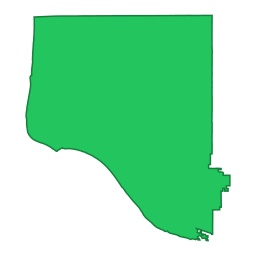 the district of San Ignacio Río Muerto, Sonora, Mexico
{"feature_id": "50627088B1433623777217", "entity_name": "San Ignacio Río Muerto", "entity_type": "district", "adm_level": 2, "iso_a3": "MEX", "parent_name": "Mexico", "parent_adm1": "Sonora", "projection": "equal_earth", "projection_center": [-110.31, 27.326], "detail": "fine", "context": "isolated", "style": "filled", "palette": "green", "viewbox_px": 256, "rotation_deg": 0, "n_neighbors": 0, "source": "geoboundaries", "source_scale": "gbopen_adm2", "svg_char_len": 5654}
<svg xmlns="http://www.w3.org/2000/svg" viewBox="0 0 256 256"><path d="M210.8,15.4L210.4,15.4L209.4,15.4L209.0,15.4L208.8,15.4L208.7,15.4L208.1,15.4L202.2,15.4L200.9,15.5L191.5,15.5L191.4,15.5L191.1,15.4L190.8,15.5L190.1,15.5L189.9,15.4L188.8,15.4L185.2,15.5L176.4,15.5L167.5,15.6L158.6,15.6L149.7,15.7L140.8,15.7L134.1,15.7L131.6,15.7L126.0,15.7L122.4,15.8L120.7,15.7L109.7,15.8L103.7,15.8L90.4,15.9L89.5,15.9L82.2,15.9L76.6,16.0L71.4,16.0L70.0,16.0L67.6,16.0L65.6,16.0L63.4,16.0L57.1,16.1L55.6,16.1L34.1,17.0L34.2,18.0L34.2,19.2L34.3,20.5L34.3,22.4L34.2,23.7L34.3,26.3L34.2,30.1L34.1,32.6L34.1,33.9L33.9,36.5L33.8,37.6L33.8,38.9L33.6,41.3L33.5,42.1L33.3,44.5L33.1,48.2L32.9,50.3L32.5,59.0L32.5,60.5L32.6,61.0L32.7,61.6L31.8,69.1L31.6,75.4L31.0,75.6L30.2,76.7L30.2,77.0L30.1,77.3L30.1,78.1L30.3,79.8L30.5,81.9L30.6,84.1L30.6,85.6L30.4,87.6L29.8,91.3L29.5,92.9L28.4,99.2L27.8,102.5L27.2,106.2L27.0,107.5L26.8,109.8L26.4,112.0L26.3,113.2L26.2,113.9L26.2,115.2L26.1,115.7L26.1,116.9L26.4,117.8L26.7,120.2L26.7,121.6L26.6,123.0L26.8,125.2L26.8,126.1L27.0,127.4L27.3,129.4L27.4,130.1L27.6,130.7L27.6,131.4L27.8,132.3L28.1,133.2L28.5,134.0L29.0,134.8L30.1,136.3L31.1,137.4L32.3,138.6L34.3,140.0L36.0,140.8L37.3,141.4L38.4,141.8L39.1,142.1L39.6,142.3L40.6,142.7L42.1,143.1L43.3,143.5L44.2,143.9L45.5,144.4L46.6,145.0L48.9,146.1L49.8,146.7L50.8,147.3L51.1,147.5L51.5,147.9L52.0,148.2L52.2,148.4L52.5,148.6L52.8,148.8L53.0,149.0L53.5,149.2L53.7,149.3L54.0,149.5L54.4,149.7L54.9,150.2L55.5,150.7L56.8,151.3L57.2,151.1L57.2,150.7L62.3,147.8L62.5,148.2L63.3,148.4L64.2,148.6L65.3,148.8L66.3,148.7L67.9,148.6L69.7,148.6L71.6,148.8L74.3,149.2L75.0,149.3L76.6,149.7L79.0,150.3L81.1,150.9L82.4,151.5L84.4,152.0L86.8,153.2L88.9,154.1L90.5,154.8L92.2,155.6L93.7,156.6L95.1,157.5L96.3,158.2L98.4,159.6L99.9,160.7L101.7,162.1L102.8,163.2L103.3,163.6L103.8,163.9L104.6,164.8L106.1,166.1L107.8,168.1L109.9,170.4L111.4,172.2L112.7,173.9L114.1,175.7L115.2,177.2L116.5,179.0L117.9,181.1L119.7,183.7L120.1,184.3L120.9,185.5L121.9,187.0L122.4,187.5L122.6,187.7L123.0,187.9L123.4,188.5L124.1,189.5L124.5,190.0L124.9,190.8L125.3,191.2L125.9,192.1L126.4,192.8L127.2,193.9L128.0,194.6L128.7,195.5L130.0,197.1L130.9,198.4L131.5,199.1L132.0,199.6L132.4,200.1L132.9,200.6L133.1,201.0L133.4,201.4L133.8,201.7L134.3,202.3L134.8,202.9L135.2,203.3L135.9,204.0L136.6,204.8L137.1,205.4L137.5,205.9L138.3,206.7L139.4,208.1L140.8,210.3L142.5,212.9L143.2,214.2L143.6,215.0L144.7,216.3L145.3,217.2L146.2,218.1L148.1,219.8L150.3,221.5L151.7,222.8L152.8,223.9L154.6,225.7L156.4,227.1L157.3,227.6L158.2,228.1L159.1,228.4L160.0,228.9L161.4,229.5L162.8,230.0L164.0,230.7L164.5,231.2L165.1,231.4L165.6,231.5L166.1,231.4L166.3,231.3L166.7,231.2L167.1,231.1L167.7,231.3L167.8,231.6L167.9,231.8L168.0,231.9L168.1,232.1L168.4,232.3L168.9,232.5L169.3,232.8L170.1,233.1L171.1,233.4L172.0,233.6L173.5,234.0L174.2,234.2L175.2,234.4L176.0,234.6L177.0,235.0L177.9,235.3L178.9,235.6L179.2,236.3L180.9,236.6L181.9,236.9L182.9,237.0L183.6,237.2L184.3,237.4L184.7,237.4L185.6,237.7L186.1,237.8L186.6,237.8L187.4,238.1L187.7,238.1L188.3,238.4L188.9,238.6L189.2,238.8L190.0,239.2L190.4,239.4L190.8,239.4L191.0,239.4L191.2,239.1L191.7,238.9L192.2,238.7L192.7,238.9L193.0,238.9L193.4,239.0L193.8,239.1L194.3,239.3L194.9,239.4L195.3,239.6L195.8,239.4L196.6,238.9L197.0,239.1L197.2,239.3L197.5,239.4L197.6,239.7L197.9,239.8L198.0,239.5L198.2,239.8L198.4,239.8L198.5,239.8L198.5,239.6L198.9,239.6L199.0,239.7L199.2,239.8L199.3,240.0L199.5,240.0L199.6,239.9L199.8,239.9L199.6,239.5L199.1,238.6L199.0,238.3L198.9,238.2L198.6,238.2L198.3,238.1L198.0,238.0L197.8,238.2L197.4,237.0L199.5,235.3L200.3,235.8L201.3,236.8L202.2,238.0L202.2,238.4L204.9,238.3L205.4,238.5L205.7,238.6L205.9,239.0L205.9,239.4L205.9,239.8L206.1,240.3L206.3,240.3L206.7,240.6L207.6,240.6L207.8,240.6L208.0,240.6L207.9,240.4L208.0,240.2L207.9,239.7L207.1,239.2L207.1,237.5L207.9,237.5L207.9,235.8L207.6,235.8L205.8,235.8L205.7,235.4L205.5,234.6L205.1,234.5L203.0,234.0L202.8,235.3L201.6,234.5L201.3,233.3L201.6,230.9L201.4,230.8L200.5,230.4L200.5,230.7L199.8,233.3L199.7,233.4L197.3,232.4L197.7,230.8L197.7,230.5L197.7,230.2L197.4,229.7L197.1,229.4L197.0,229.1L196.7,229.0L196.6,228.9L196.4,228.5L201.7,230.1L207.2,232.1L211.7,233.6L211.7,234.3L212.6,234.3L212.6,231.9L212.6,227.8L212.7,217.4L212.7,209.8L215.3,209.9L219.7,209.8L219.7,207.1L221.3,207.1L221.1,196.6L221.1,195.5L221.1,193.2L221.1,191.1L222.8,191.1L222.8,190.6L222.8,188.5L224.6,188.5L224.6,190.6L224.6,191.1L226.4,191.1L227.9,191.1L228.1,191.1L228.1,189.1L228.1,188.5L227.9,188.5L226.4,188.5L226.4,185.8L229.9,185.8L229.9,175.3L228.2,175.3L226.4,175.3L223.3,175.3L223.2,174.9L223.2,174.6L223.2,174.1L223.4,173.1L223.0,172.4L222.0,172.1L219.3,171.9L218.6,171.5L218.2,170.9L218.2,170.1L218.2,169.7L221.1,169.6L221.1,168.5L216.5,168.3L216.6,168.6L214.7,168.5L214.4,168.5L212.1,168.5L212.0,168.4L211.0,168.4L208.6,168.4L208.6,167.1L208.6,164.6L210.4,164.5L210.4,164.2L210.4,154.2L210.4,153.9L212.0,153.9L212.1,145.9L212.1,143.3L212.0,143.0L212.0,141.0L212.0,138.9L212.0,137.8L212.0,137.7L212.0,136.1L212.0,135.3L212.1,132.7L212.1,131.8L212.1,129.9L212.1,127.3L212.1,124.1L212.1,122.0L211.9,121.7L211.9,120.0L212.0,117.5L212.0,115.3L212.0,113.8L212.0,112.6L212.0,111.4L212.1,111.2L212.1,106.0L212.1,100.7L212.1,100.4L212.1,97.9L212.0,95.2L212.0,92.6L212.0,89.9L212.1,87.3L212.0,84.6L212.1,82.0L212.0,79.4L212.0,79.1L212.0,78.8L212.0,76.6L212.1,74.0L212.0,68.7L212.1,66.0L212.1,63.4L212.1,60.8L212.1,57.8L212.1,53.4L212.3,52.6L212.1,50.8L212.1,47.4L212.0,47.2L212.0,36.9L212.0,36.6L212.0,26.1L212.1,15.4L211.9,15.4L210.9,15.4L210.8,15.4Z" fill="#22c55e" stroke="#15803d" stroke-width="1.5"/></svg>